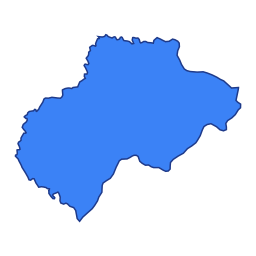 St. John River City, Grand Bassa, Liberia (orthographic projection)
{"feature_id": "62588387B7916938294123", "entity_name": "St. John River City", "entity_type": "district", "adm_level": 2, "iso_a3": "LBR", "parent_name": "Liberia", "parent_adm1": "Grand Bassa", "projection": "orthographic", "projection_center": [-10.036, 6.04], "detail": "fine", "context": "isolated", "style": "filled", "palette": "blue", "viewbox_px": 256, "rotation_deg": 0, "n_neighbors": 0, "source": "geoboundaries", "source_scale": "gbopen_adm2", "svg_char_len": 3622}
<svg xmlns="http://www.w3.org/2000/svg" viewBox="0 0 256 256"><path d="M79.6,221.3L82.8,217.1L87.9,212.5L92.2,208.7L94.6,205.5L97.5,200.9L98.8,197.1L101.9,192.2L102.0,189.2L102.2,185.4L103.1,183.0L106.4,180.7L110.3,178.3L113.4,174.0L116.2,167.1L117.8,163.9L119.3,160.8L121.6,159.2L127.1,158.9L127.7,158.6L129.9,157.5L132.3,156.0L134.0,155.3L136.3,155.3L138.1,156.4L139.8,161.3L141.6,162.8L142.0,163.2L145.4,165.2L148.6,165.0L151.3,166.8L153.7,167.6L158.9,167.6L163.1,170.1L165.7,171.3L168.3,171.0L169.4,169.8L170.1,169.1L170.2,165.7L170.5,162.5L173.2,159.4L178.3,156.0L183.4,153.2L185.0,151.4L187.5,148.6L191.8,145.9L195.8,142.8L196.7,141.5L197.3,140.6L200.2,135.7L201.5,132.2L202.1,130.5L202.8,128.9L204.0,126.5L207.2,124.5L211.0,123.7L216.5,126.7L220.0,129.8L223.5,130.8L226.2,129.7L226.4,129.6L226.4,127.0L225.8,123.5L227.6,120.6L231.8,117.9L235.3,114.6L238.3,109.8L240.5,107.8L240.6,105.5L240.6,104.1L237.7,102.2L236.0,100.4L236.7,97.0L238.1,90.3L238.5,87.9L238.5,87.5L235.8,87.7L231.5,88.0L227.6,84.4L223.7,80.9L220.2,79.3L217.8,77.8L216.8,77.2L216.4,77.0L212.1,74.9L207.2,73.0L203.2,71.8L197.2,72.1L190.0,71.5L186.8,70.6L184.3,69.0L181.5,64.5L179.7,60.1L177.1,55.3L177.2,54.2L177.7,50.8L179.4,46.7L179.2,43.3L179.2,43.1L177.7,41.2L175.1,39.8L174.9,39.7L172.9,39.2L172.6,39.1L169.4,41.1L169.3,41.3L165.8,41.6L165.6,41.7L163.3,40.6L163.1,40.5L160.0,38.9L159.8,38.8L157.6,37.9L157.4,37.7L157.1,37.6L155.2,39.2L153.9,40.4L153.3,43.2L151.3,42.8L151.1,42.8L150.2,42.7L147.6,42.5L145.8,41.5L143.7,41.5L142.1,42.5L140.6,42.9L140.0,42.2L139.2,39.4L137.9,38.0L136.0,38.2L133.8,37.5L132.7,37.6L132.2,40.0L133.7,43.5L133.3,43.6L132.0,43.9L130.4,42.5L129.4,41.6L127.2,41.0L125.3,40.8L123.8,40.5L123.2,39.5L122.2,37.5L121.5,37.0L120.3,37.4L119.6,39.0L117.8,39.7L116.9,39.7L116.2,38.7L115.4,37.1L114.3,36.8L113.3,37.2L112.1,38.0L109.5,37.1L108.0,36.4L106.9,35.1L105.8,34.7L104.6,36.4L102.4,37.0L99.9,36.8L98.3,36.6L98.6,36.9L99.2,38.5L97.6,38.8L96.7,40.8L95.6,43.6L95.9,45.8L95.4,46.2L93.8,45.5L92.3,45.4L91.8,45.8L89.7,47.3L90.4,50.6L88.7,52.2L88.7,53.8L88.3,55.6L87.3,56.8L86.9,57.3L86.2,58.2L87.9,61.1L88.8,63.5L88.3,64.3L88.1,64.6L87.2,64.6L85.4,64.1L84.7,64.4L84.1,65.6L85.4,67.6L87.1,71.2L87.5,72.6L86.9,74.1L85.2,74.0L84.5,74.1L84.3,76.4L85.3,78.4L84.1,79.0L81.7,80.8L80.1,81.7L79.8,81.9L78.7,84.4L77.7,86.9L73.0,87.5L71.8,88.5L69.0,88.0L67.6,88.1L65.5,88.5L65.1,88.6L63.9,89.2L63.1,89.5L62.4,90.0L62.5,91.6L62.8,95.0L62.1,96.7L60.5,98.2L57.4,98.0L56.0,97.8L51.9,97.3L48.4,98.2L46.8,98.1L45.3,98.1L44.0,99.0L43.1,101.4L42.9,102.0L39.6,107.2L38.8,109.1L36.7,111.4L36.2,111.2L35.7,109.6L34.7,109.4L33.5,110.8L32.7,110.9L30.4,111.3L29.2,111.5L27.7,112.9L27.3,114.6L25.3,115.7L24.2,116.9L25.9,118.5L26.9,118.5L27.3,120.0L26.3,121.9L23.3,124.4L22.2,127.3L23.8,129.6L25.2,131.1L26.1,132.8L25.4,133.2L23.8,133.2L23.3,134.1L21.8,136.6L21.0,138.1L21.0,140.3L19.6,141.6L18.6,142.1L18.0,143.7L18.6,145.0L19.3,146.4L19.8,148.1L20.0,149.3L19.3,149.7L17.5,149.8L17.0,150.0L17.3,153.3L16.9,154.7L15.6,155.1L15.4,156.1L16.7,157.5L18.1,158.9L18.9,160.8L20.8,164.4L21.5,165.9L22.0,167.3L25.7,173.2L27.1,175.7L28.0,177.3L29.0,179.8L30.6,180.2L32.7,178.6L34.1,178.8L36.0,183.1L37.4,185.1L37.6,185.4L38.7,187.2L39.9,187.0L41.4,186.7L43.6,187.0L46.2,187.6L47.3,188.6L49.1,188.8L49.4,188.8L49.3,189.9L48.7,190.5L48.9,191.6L48.9,193.4L50.9,196.4L52.9,198.6L54.4,198.7L54.8,197.8L54.2,196.9L53.5,196.4L52.6,195.1L53.4,194.0L56.5,192.8L57.4,192.3L57.9,192.1L58.9,193.4L60.2,197.1L60.0,200.8L60.8,203.0L63.6,204.1L65.9,203.2L67.4,203.8L69.9,206.3L73.7,207.6L75.7,210.5L77.2,218.6L79.6,221.3Z" fill="#3b82f6" stroke="#1e3a8a" stroke-width="1.5"/></svg>